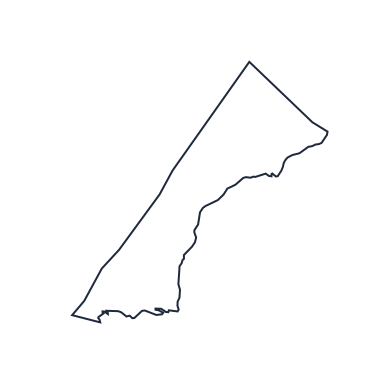 outline of Tadjourah, Tadjourah, Djibouti, rotated 346°
{"feature_id": "41766387B13463549189785", "entity_name": "Tadjourah", "entity_type": "district", "adm_level": 2, "iso_a3": "DJI", "parent_name": "Djibouti", "parent_adm1": "Tadjourah", "projection": "albers", "projection_center": [42.755, 11.778], "detail": "fine", "context": "isolated", "style": "outline", "palette": "slate", "viewbox_px": 384, "rotation_deg": 346, "n_neighbors": 0, "source": "geoboundaries", "source_scale": "gbopen_adm2", "svg_char_len": 1286}
<svg xmlns="http://www.w3.org/2000/svg" viewBox="0 0 384 384"><g transform="rotate(346 192 192)"><path d="M279.1,79.6L178.3,166.5L160.0,186.5L107.2,230.5L86.0,244.4L61.1,271.6L45.9,282.5L71.4,296.3L71.4,293.3L70.5,291.7L71.0,290.7L76.8,288.4L76.1,287.4L76.3,286.2L78.4,287.0L80.8,290.1L81.1,289.1L80.4,286.6L91.6,289.8L94.1,291.5L94.6,292.1L98.3,296.9L101.6,296.9L103.6,300.0L105.6,300.3L114.8,295.2L117.6,295.6L127.7,302.7L133.3,303.4L134.8,302.2L131.2,298.8L128.1,297.4L128.4,296.3L132.3,297.4L133.8,297.8L137.7,302.1L139.9,302.9L140.9,301.2L149.1,304.4L150.6,302.9L150.4,298.8L151.5,295.0L154.3,291.5L156.7,283.9L156.5,278.1L160.6,265.4L161.9,261.1L164.7,258.6L166.4,255.7L168.0,254.9L168.9,251.2L178.7,245.1L182.7,241.5L185.0,237.2L184.5,231.7L185.1,229.6L190.0,225.1L194.9,213.6L198.7,210.1L201.9,208.8L215.1,206.1L222.0,202.1L227.2,197.2L230.5,196.6L236.0,195.4L245.0,190.8L247.8,190.6L252.3,192.3L255.2,191.9L257.0,192.7L267.9,192.0L270.6,195.1L272.9,196.0L273.6,193.7L274.4,193.5L277.1,197.2L279.0,197.4L283.8,193.0L286.2,189.7L288.2,185.8L290.8,183.2L293.1,181.7L293.7,181.5L298.4,180.4L304.8,180.4L305.6,180.4L315.8,176.3L320.0,176.6L322.8,175.8L326.9,176.2L329.6,175.7L336.8,169.2L338.1,166.2L325.7,153.5L279.1,79.6Z" fill="none" stroke="#1e293b" stroke-width="2"/></g></svg>